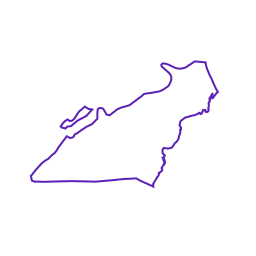 Al Munirah, Al Hudaydah, Yemen (Natural Earth projection), rotated 215°
{"feature_id": "15242507B73593637520404", "entity_name": "Al Munirah", "entity_type": "district", "adm_level": 2, "iso_a3": "YEM", "parent_name": "Yemen", "parent_adm1": "Al Hudaydah", "projection": "natural_earth1", "projection_center": [42.864, 15.354], "detail": "fine", "context": "isolated", "style": "outline", "palette": "violet", "viewbox_px": 256, "rotation_deg": 215, "n_neighbors": 0, "source": "geoboundaries", "source_scale": "gbopen_adm2", "svg_char_len": 5125}
<svg xmlns="http://www.w3.org/2000/svg" viewBox="0 0 256 256"><g transform="rotate(215 128 128)"><path d="M73.7,94.5L74.3,95.1L74.4,95.6L74.6,96.0L75.3,96.5L75.7,102.8L75.9,104.6L75.7,106.5L76.1,107.6L76.5,108.7L76.9,108.7L77.0,108.9L76.6,109.2L76.3,109.8L76.4,110.3L76.1,111.1L75.8,111.7L75.9,113.3L76.3,113.8L77.5,114.4L77.8,117.6L77.6,117.8L77.5,118.0L77.5,118.3L78.0,118.9L78.1,119.8L77.9,119.9L77.6,119.4L77.5,119.5L77.5,119.8L77.6,120.1L78.0,120.8L78.0,121.0L79.3,121.2L79.9,121.6L80.2,121.9L80.6,122.1L80.9,122.7L81.0,122.8L80.9,122.9L80.7,122.8L80.4,122.7L80.2,122.7L80.2,122.8L80.3,122.8L80.2,122.9L80.0,123.0L79.9,123.0L80.0,123.1L79.9,123.4L79.9,123.5L80.0,123.2L80.3,122.9L80.6,122.9L80.9,123.0L81.1,123.2L81.2,123.3L81.3,123.4L81.4,123.5L81.5,123.6L81.8,123.8L82.0,123.8L81.9,123.9L81.7,123.9L81.7,124.0L81.6,123.9L81.5,123.7L81.4,123.7L81.5,123.8L81.7,124.0L81.8,124.3L81.7,124.5L81.9,124.7L81.8,124.8L81.8,125.0L81.8,125.5L82.0,125.9L82.0,126.0L82.1,126.4L82.1,126.6L85.1,127.2L86.2,128.5L87.3,130.1L87.3,132.2L86.2,132.7L84.6,133.5L83.3,134.2L82.0,135.6L81.1,136.8L80.8,137.1L80.9,142.0L80.9,142.8L80.3,144.3L80.3,145.2L80.3,147.7L81.6,150.9L82.3,153.4L83.6,156.2L83.8,156.5L84.0,156.5L84.3,156.4L84.4,156.6L84.2,156.9L84.0,157.1L84.2,157.7L84.4,157.7L84.7,157.9L85.2,157.6L84.8,158.1L84.7,158.2L84.5,158.3L84.9,158.9L85.3,159.0L86.1,159.1L87.6,160.1L87.7,160.8L87.9,161.2L88.5,162.4L88.8,163.4L88.6,164.9L88.2,165.9L87.6,167.9L87.0,169.5L86.1,170.5L85.0,171.8L83.7,173.6L82.0,175.5L80.5,177.1L79.0,179.7L78.3,181.4L77.4,181.5L77.0,181.3L76.7,181.0L76.0,181.8L75.9,182.4L76.0,182.9L76.5,184.0L76.6,184.6L76.6,184.9L76.8,185.4L76.5,185.4L76.4,185.6L76.0,186.3L75.7,186.6L75.5,186.8L75.4,187.0L75.0,187.2L74.8,187.0L74.6,186.7L74.3,186.3L74.1,185.8L73.8,185.7L73.2,186.1L72.7,186.4L72.3,186.9L72.1,186.9L72.1,187.2L71.9,187.9L72.2,188.4L72.4,189.2L72.7,189.8L73.2,190.0L73.7,190.3L74.4,192.4L75.2,193.4L75.8,194.3L76.3,194.6L76.5,195.4L76.1,196.4L76.6,197.3L77.2,197.7L77.1,198.5L77.4,198.6L77.7,198.5L77.9,198.5L78.3,199.3L77.9,200.0L78.1,200.2L78.2,200.5L78.0,201.0L78.3,201.5L78.3,202.6L78.6,203.6L78.6,204.0L78.4,204.5L78.1,204.4L77.8,203.6L77.8,203.2L77.6,202.0L77.3,201.2L76.9,201.1L76.7,201.2L76.4,200.9L75.9,200.8L75.7,201.0L75.5,206.8L75.4,207.8L75.2,209.1L75.8,209.4L76.0,209.5L75.9,209.5L76.0,209.6L76.7,209.9L77.1,210.0L78.1,210.4L79.4,211.2L84.2,214.0L85.5,214.8L89.0,216.9L90.6,217.7L92.5,218.8L94.4,220.1L97.2,221.8L98.4,222.8L99.3,223.4L99.7,223.8L100.0,224.1L100.3,224.4L100.6,224.6L101.2,225.3L102.0,226.2L104.6,224.8L108.4,222.7L108.7,222.5L109.0,222.3L110.0,221.7L111.4,220.9L112.3,218.9L112.5,218.5L112.8,217.5L113.3,216.2L113.8,215.0L114.2,214.2L115.1,211.5L115.9,210.1L117.1,208.6L119.1,206.7L121.1,205.4L123.1,204.5L129.0,203.5L132.1,202.9L135.3,201.7L136.7,200.6L136.9,199.4L136.9,198.7L135.7,197.8L132.7,197.4L129.2,197.0L128.0,196.8L126.9,196.8L125.7,196.5L124.2,196.1L123.1,195.6L122.2,195.0L121.3,194.0L120.1,192.1L119.5,189.6L119.1,187.8L119.1,185.4L119.5,184.0L120.9,180.5L121.1,180.0L121.6,178.7L122.3,177.6L122.9,176.6L124.1,175.1L125.6,173.7L126.3,172.9L127.8,171.5L129.8,169.4L130.8,168.6L132.1,167.4L133.2,166.3L134.3,165.2L134.6,164.2L134.8,163.4L135.2,161.4L136.3,158.4L136.8,156.8L137.6,154.3L137.8,153.7L138.7,151.2L138.9,150.4L139.6,148.2L139.9,147.5L140.1,147.3L141.4,145.5L142.1,144.7L142.6,144.0L142.7,143.9L143.1,143.4L143.8,142.7L144.3,142.0L144.8,141.4L145.2,140.9L145.8,140.0L146.4,138.9L147.0,138.1L147.1,137.8L147.5,137.1L147.9,136.0L147.9,135.9L148.8,132.8L149.1,132.0L149.2,131.8L149.4,131.0L149.6,130.4L150.3,127.9L153.4,126.7L156.4,128.2L158.2,129.0L159.0,129.3L159.9,129.5L160.4,129.4L162.1,128.6L163.5,126.8L163.5,125.9L161.9,123.1L160.7,121.3L160.6,121.2L159.2,119.1L158.4,118.0L159.8,110.2L162.7,105.3L162.9,104.8L163.3,103.6L164.9,99.7L165.2,98.7L166.9,93.9L167.3,93.5L167.5,93.2L167.9,92.2L167.9,91.3L167.9,90.9L167.5,89.7L167.9,88.7L169.5,86.6L169.8,86.5L171.0,86.4L171.8,86.3L172.0,86.3L173.4,86.2L173.9,71.4L173.6,70.0L173.6,69.5L173.6,67.6L173.7,65.5L173.7,65.4L174.3,63.9L174.7,62.4L174.7,62.2L175.0,61.1L175.2,59.2L175.5,58.0L175.5,57.7L175.8,56.6L176.3,55.6L176.6,55.1L177.4,52.8L178.3,50.0L178.3,49.9L178.6,48.0L179.4,41.6L179.6,39.7L179.9,33.9L180.0,33.0L179.5,32.6L178.5,31.6L176.6,29.8L173.3,30.6L172.5,31.5L166.9,35.1L165.1,36.4L162.4,38.3L161.1,39.4L160.9,39.5L155.5,43.5L154.0,44.6L153.1,45.3L152.0,46.1L151.9,46.2L151.3,46.6L148.3,48.8L144.3,51.7L141.4,53.7L134.1,58.6L123.6,65.6L121.7,67.2L110.7,76.4L105.1,81.3L104.9,81.4L104.5,81.8L103.5,82.6L103.0,83.1L101.6,84.3L97.5,87.4L93.9,90.3L92.3,91.5L89.7,91.7L88.1,91.8L75.7,94.2L73.7,94.5ZM175.6,120.8L177.1,114.9L177.6,113.0L177.6,112.9L177.3,104.5L178.2,101.5L180.0,100.2L180.7,100.3L180.8,100.3L182.2,100.4L182.3,100.4L183.4,98.0L183.5,97.8L184.1,94.6L184.1,91.9L184.0,90.6L182.0,90.5L180.2,91.4L179.0,91.6L178.9,92.0L178.8,92.4L178.8,92.6L178.6,93.8L178.5,94.4L178.0,94.9L176.1,96.5L175.8,96.8L175.2,99.2L175.0,99.7L174.0,103.5L173.5,105.3L169.1,113.8L167.9,122.6L169.7,121.8L171.3,121.0L171.6,121.0L174.6,120.8L175.6,120.8Z" fill="none" stroke="#5b21b6" stroke-width="2"/></g></svg>